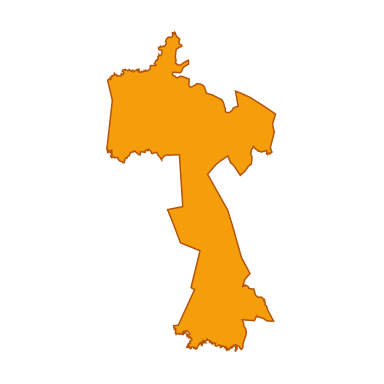 Mariscala de Juárez, Oaxaca, Mexico, rotated 9°
{"feature_id": "50627088B44259809604887", "entity_name": "Mariscala de Juárez", "entity_type": "district", "adm_level": 2, "iso_a3": "MEX", "parent_name": "Mexico", "parent_adm1": "Oaxaca", "projection": "natural_earth1", "projection_center": [-98.113, 17.821], "detail": "fine", "context": "isolated", "style": "filled", "palette": "amber", "viewbox_px": 384, "rotation_deg": 9, "n_neighbors": 0, "source": "geoboundaries", "source_scale": "gbopen_adm2", "svg_char_len": 6002}
<svg xmlns="http://www.w3.org/2000/svg" viewBox="0 0 384 384"><g transform="rotate(9 192 192)"><path d="M101.1,160.9L101.0,162.7L101.4,162.7L102.4,166.0L102.9,166.1L102.8,164.1L103.1,163.7L103.5,164.0L103.6,165.1L105.2,165.9L105.4,164.0L105.9,163.2L106.3,163.4L106.7,165.2L106.3,166.9L107.3,167.3L107.3,168.5L106.3,168.7L106.0,169.6L107.6,170.7L109.4,169.5L110.1,170.3L113.0,169.6L114.8,172.0L116.3,172.9L118.2,172.8L119.0,173.8L120.1,173.6L120.4,174.3L120.8,169.1L122.3,168.9L122.3,168.0L123.6,166.4L124.5,165.9L124.8,163.1L125.9,162.6L126.8,161.6L128.1,161.6L128.9,160.3L132.8,163.0L134.8,163.6L135.0,162.4L134.7,160.7L135.9,160.1L139.3,160.2L139.6,159.9L139.2,159.5L139.4,158.3L140.8,158.1L140.8,158.6L141.2,157.0L141.7,157.0L141.9,158.0L142.2,157.8L142.5,156.6L143.6,157.1L145.1,158.6L146.0,160.0L147.1,160.2L148.8,159.1L150.8,158.4L152.9,161.2L154.5,162.2L157.0,165.1L156.9,164.2L157.9,162.3L159.2,160.6L161.8,159.2L164.1,159.2L166.0,158.6L173.7,157.2L185.2,207.9L170.6,213.2L179.1,227.3L188.6,244.0L209.1,248.8L206.0,286.6L210.0,288.1L209.3,289.9L199.3,325.6L194.8,327.0L195.3,328.8L196.4,329.0L196.0,330.5L196.4,330.6L197.2,329.7L197.5,329.9L197.6,331.8L197.8,332.4L197.5,333.6L198.1,334.1L198.6,335.1L199.4,334.0L200.0,334.0L201.3,334.6L201.7,334.4L202.2,333.7L205.3,334.3L205.8,334.0L206.1,332.9L204.9,332.6L204.6,332.3L205.2,331.1L206.0,331.0L206.7,332.7L207.4,332.2L207.9,331.4L207.4,330.3L207.8,329.7L209.6,330.2L211.7,332.2L211.9,332.6L211.9,333.1L210.4,334.0L210.1,334.0L209.6,333.1L209.0,333.1L209.2,334.2L209.9,335.0L209.9,335.7L210.1,335.7L210.5,334.9L210.8,334.9L211.8,335.8L211.9,336.4L213.0,335.5L213.2,336.6L214.0,336.6L215.0,337.5L215.1,337.9L214.3,338.3L214.2,339.2L213.1,339.8L213.6,340.8L213.4,341.2L214.0,341.9L213.5,342.3L212.6,342.1L212.4,342.7L211.8,343.0L212.3,344.0L211.5,344.7L211.1,346.3L212.5,346.0L213.3,344.7L213.6,344.9L213.9,346.3L215.0,347.1L215.7,346.3L215.7,345.3L216.1,344.9L217.7,345.1L218.0,345.9L218.4,346.1L219.2,345.0L219.6,345.4L220.0,346.4L221.0,346.4L221.7,345.0L221.7,344.0L222.7,341.7L222.6,341.2L223.2,341.1L223.6,340.8L223.4,340.2L223.6,339.5L224.8,339.9L225.2,341.9L225.9,342.1L226.2,339.1L226.0,338.9L225.3,339.0L225.3,338.5L226.3,338.0L226.3,336.8L226.9,337.4L226.8,339.2L227.3,339.1L227.3,338.2L228.5,338.8L229.3,338.7L228.4,337.9L228.4,337.2L229.7,336.2L229.7,335.0L230.8,335.9L232.0,335.7L233.4,336.1L233.5,336.5L232.7,337.4L233.1,337.8L234.1,337.8L235.3,337.1L235.5,338.1L235.3,338.7L235.7,339.0L236.7,338.7L237.2,337.8L238.9,337.7L238.6,339.7L239.7,340.4L240.4,340.3L243.0,338.8L244.1,339.4L244.3,341.1L244.7,340.9L245.0,339.8L245.5,340.4L246.4,339.3L247.1,339.7L248.2,339.6L248.6,340.4L249.4,339.8L250.1,339.9L250.3,340.3L249.8,341.4L251.3,342.9L251.8,342.4L251.5,341.0L253.1,342.1L255.0,338.4L255.5,338.4L255.1,340.0L255.4,340.0L255.8,339.8L256.4,338.9L256.9,336.9L257.4,337.3L259.2,336.0L259.4,336.0L259.4,336.5L259.0,338.2L259.1,338.7L260.0,339.4L259.5,341.5L259.6,342.3L259.9,342.3L260.6,340.3L261.3,339.6L260.4,338.3L260.5,337.5L261.2,336.7L262.8,337.3L264.6,339.5L265.4,339.7L265.3,339.4L266.3,338.3L266.5,337.4L266.2,333.6L267.1,327.4L267.6,325.8L267.6,322.4L267.0,320.3L266.4,318.8L264.1,316.0L263.4,313.3L261.6,310.3L273.8,309.3L275.3,304.2L276.3,304.9L281.3,305.5L283.0,306.0L284.2,306.8L286.9,307.6L292.8,306.8L285.0,296.4L283.7,293.2L281.7,291.9L281.5,289.5L281.1,289.0L280.1,288.8L280.0,287.6L280.7,287.2L280.5,286.8L279.0,286.3L277.2,285.0L276.5,285.0L273.6,285.6L272.7,285.3L270.1,283.1L270.0,281.8L268.1,278.0L267.0,278.5L263.1,278.2L262.5,276.9L261.4,276.2L259.3,275.6L258.4,275.8L258.7,276.6L257.2,277.2L256.7,278.0L258.0,270.0L262.0,263.4L251.2,249.2L237.4,219.3L230.1,204.4L204.6,172.0L211.8,160.6L214.5,157.6L221.7,150.8L225.4,156.9L229.5,159.7L237.1,168.0L241.3,162.7L243.8,157.5L246.2,155.2L246.0,150.9L245.6,147.6L243.7,144.4L244.2,142.9L243.9,141.6L245.8,137.4L247.6,139.5L250.6,140.7L251.2,141.5L252.4,141.2L254.1,141.7L256.4,140.6L257.1,140.7L258.5,139.4L259.1,139.4L259.7,140.5L259.7,142.5L260.1,142.9L260.9,143.2L261.2,142.2L261.7,141.7L262.2,141.6L262.9,142.1L263.5,141.9L263.6,140.9L264.7,140.1L262.4,135.9L263.9,120.0L260.9,112.5L262.3,102.0L249.9,96.1L234.4,89.4L224.2,86.6L219.2,85.6L224.2,100.2L221.6,101.3L220.6,102.0L219.4,103.1L219.0,104.7L217.1,107.2L215.5,107.8L213.8,108.1L212.7,107.4L212.1,106.2L211.8,104.3L210.9,103.3L210.5,101.9L209.0,98.6L207.1,96.3L196.8,92.9L190.9,92.2L187.4,85.7L186.4,85.0L183.5,84.1L179.7,84.3L177.0,87.1L174.1,88.9L172.2,87.3L171.8,84.1L172.1,83.7L171.5,82.0L171.6,80.8L163.3,79.3L162.1,79.7L159.7,81.5L158.1,81.2L157.2,80.4L154.9,79.8L154.3,79.0L154.4,77.3L154.9,76.6L161.2,76.1L162.6,75.1L164.0,70.2L168.4,66.4L168.4,64.3L167.9,62.4L167.4,62.5L163.1,66.0L161.1,68.3L160.3,68.6L158.0,68.6L155.4,67.1L155.7,65.8L155.6,64.3L154.4,61.3L154.0,54.2L154.9,52.9L156.1,51.7L159.1,49.6L158.6,48.4L156.7,48.0L155.8,46.6L155.6,44.9L156.0,43.1L154.8,42.1L153.2,41.3L151.4,39.5L150.9,37.9L150.0,36.9L149.8,38.5L149.0,37.5L147.7,37.8L148.5,41.0L147.8,42.3L146.6,42.6L144.8,42.6L143.7,43.5L142.8,45.3L142.3,47.5L143.4,48.7L143.4,49.7L141.9,52.7L141.5,52.9L140.7,52.4L139.0,53.4L138.3,53.1L138.4,53.8L136.8,54.0L136.3,55.2L137.1,56.7L139.4,56.7L140.3,57.4L140.3,61.3L139.1,62.5L138.0,61.6L138.2,62.3L137.1,63.5L137.7,64.7L137.2,67.2L136.8,67.3L136.5,66.5L136.4,67.6L135.6,68.1L135.5,69.3L134.7,70.9L136.5,72.3L136.2,72.8L131.1,73.6L131.4,77.1L128.8,79.6L127.5,80.1L127.3,79.1L126.7,79.6L125.7,79.3L125.6,80.4L123.8,81.3L123.3,80.8L122.7,81.8L121.1,81.9L120.9,80.7L120.3,81.0L118.9,80.7L120.8,80.0L120.4,79.0L118.5,79.6L118.3,80.2L116.4,81.3L115.3,82.6L114.4,80.9L112.8,82.2L110.8,80.9L110.7,81.7L110.1,81.9L107.3,81.9L106.8,81.4L104.5,82.4L104.3,83.7L105.9,84.4L106.1,84.9L105.2,87.1L104.1,86.9L103.6,85.4L103.7,88.1L103.2,88.6L99.5,89.0L98.9,88.7L99.1,87.9L97.6,87.8L96.7,86.9L96.7,89.0L95.8,89.5L95.0,89.4L94.7,89.8L95.0,90.6L93.9,91.5L93.3,91.5L94.3,93.2L93.9,93.9L92.8,93.3L91.6,94.1L91.2,94.8L99.0,114.0L101.1,160.9Z" fill="#f59e0b" stroke="#b45309" stroke-width="1.5"/></g></svg>